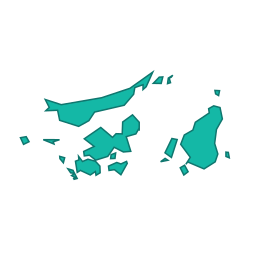 Halmahera Selatan, Maluku Utara, Indonesia (Robinson projection), rotated 279°
{"feature_id": "22746128B2838702785556", "entity_name": "Halmahera Selatan", "entity_type": "district", "adm_level": 2, "iso_a3": "IDN", "parent_name": "Indonesia", "parent_adm1": "Maluku Utara", "projection": "robinson", "projection_center": [127.53, -0.746], "detail": "medium", "context": "isolated", "style": "filled", "palette": "teal", "viewbox_px": 256, "rotation_deg": 279, "n_neighbors": 0, "source": "geoboundaries", "source_scale": "gbopen_adm2", "svg_char_len": 1878}
<svg xmlns="http://www.w3.org/2000/svg" viewBox="0 0 256 256"><g transform="rotate(279 128 128)"><path d="M120.1,182.6L108.8,194.1L101.2,190.8L103.8,192.3L99.5,209.5L108.2,219.4L116.4,220.8L126.3,216.0L140.5,215.6L151.7,219.8L162.6,215.7L163.3,209.2L159.7,204.6L155.6,205.9L144.2,193.6L136.1,192.4L129.9,184.7L120.1,182.6ZM124.9,59.3L121.9,79.0L129.1,88.2L138.5,92.5L149.9,120.7L162.2,128.3L169.0,128.4L173.1,136.1L168.3,136.8L171.6,139.5L187.1,143.7L167.5,123.7L153.8,97.3L140.6,58.4L143.2,41.8L136.0,47.0L132.2,44.1L134.5,55.7L124.9,59.3ZM110.5,86.5L104.5,97.5L97.9,87.9L93.6,89.2L95.1,94.2L91.2,101.1L96.8,112.5L106.8,117.3L103.6,127.2L105.4,134.4L119.2,127.6L123.4,136.7L129.3,138.9L127.1,139.5L135.4,138.2L141.7,130.4L133.1,121.8L121.3,123.2L120.5,117.1L116.3,114.2L124.3,101.0L110.5,86.5ZM87.0,81.3L76.2,84.8L78.7,87.6L75.7,98.1L79.9,102.6L76.3,103.8L79.4,107.5L86.0,106.2L90.1,101.0L90.9,93.3L87.8,88.3L92.3,83.6L88.8,84.5L87.0,81.3ZM87.3,114.7L83.1,115.9L84.7,121.1L80.7,128.3L92.9,132.8L94.8,131.8L91.4,126.6L92.2,122.3L87.3,114.7ZM124.5,173.0L109.3,168.4L105.7,175.5L124.3,178.4L124.5,173.0ZM101.6,23.3L95.5,27.4L99.0,32.4L103.5,28.8L101.6,23.3ZM103.2,46.1L100.6,57.4L102.7,56.3L105.7,62.2L103.2,46.1ZM96.9,185.8L90.3,190.5L94.2,194.2L100.1,189.7L96.9,185.8ZM176.1,146.0L177.2,153.8L183.9,154.4L183.1,150.9L176.1,146.0ZM95.0,115.6L95.9,119.9L101.4,119.7L99.0,115.5L95.0,115.6ZM178.7,208.0L175.4,209.2L174.2,212.4L179.2,212.6L178.7,208.0ZM89.3,65.0L87.0,65.6L83.5,69.6L88.7,70.1L89.3,65.0ZM103.8,169.4L99.8,165.5L102.4,172.5L103.8,169.4ZM183.6,160.0L178.0,160.1L179.4,162.9L183.7,160.9L184.9,162.7L187.1,164.0L183.6,160.0ZM78.3,75.0L74.7,78.4L74.9,82.2L77.6,80.3L78.3,75.0ZM72.2,79.7L70.7,84.0L69.7,82.2L68.9,82.8L70.2,85.7L74.7,82.4L72.2,79.7ZM119.5,228.5L115.2,229.2L114.4,232.7L119.6,230.9L119.5,228.5Z" fill="#14b8a6" stroke="#0f766e" stroke-width="1.5"/></g></svg>